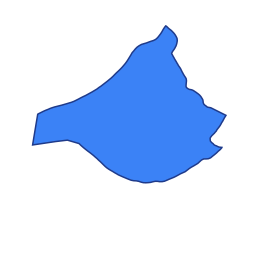 Nisab, Shabwah, Yemen (Natural Earth projection), rotated 239°
{"feature_id": "15242507B68873122709220", "entity_name": "Nisab", "entity_type": "district", "adm_level": 2, "iso_a3": "YEM", "parent_name": "Yemen", "parent_adm1": "Shabwah", "projection": "natural_earth1", "projection_center": [46.477, 14.534], "detail": "fine", "context": "isolated", "style": "filled", "palette": "blue", "viewbox_px": 256, "rotation_deg": 239, "n_neighbors": 0, "source": "geoboundaries", "source_scale": "gbopen_adm2", "svg_char_len": 3504}
<svg xmlns="http://www.w3.org/2000/svg" viewBox="0 0 256 256"><g transform="rotate(239 128 128)"><path d="M88.4,218.5L102.7,209.4L105.0,206.8L105.3,206.7L106.5,206.3L107.4,205.9L108.4,205.5L109.4,205.3L110.3,205.4L111.2,205.6L112.0,206.0L112.9,206.4L113.9,206.7L114.9,206.7L115.8,206.7L116.9,206.7L117.9,206.6L118.9,206.4L119.8,206.2L120.6,205.9L121.5,205.6L122.6,205.1L123.6,204.7L124.6,204.2L125.5,203.8L126.5,203.3L127.4,202.7L128.2,202.0L128.8,201.3L129.5,200.5L130.3,199.9L131.1,199.5L132.1,199.1L133.2,199.0L134.0,199.3L134.9,199.9L135.9,200.6L136.7,201.2L137.5,201.8L138.3,202.4L139.2,202.8L140.1,203.2L141.1,203.3L142.2,203.3L143.3,203.2L144.2,203.2L145.1,203.2L146.2,203.2L147.1,203.3L148.2,203.3L149.3,203.4L150.6,203.5L151.6,203.6L152.7,203.6L154.1,203.5L155.1,203.4L156.2,203.4L157.1,203.5L158.1,203.4L159.0,203.5L159.9,203.5L161.2,203.5L162.4,203.5L163.5,203.5L164.5,203.6L165.5,203.6L166.4,203.6L167.4,203.7L168.3,203.7L169.2,203.7L169.9,204.4L170.5,205.4L171.0,206.4L171.4,207.4L171.9,208.5L172.5,209.6L173.1,210.5L173.6,211.4L174.2,212.1L174.9,212.9L175.6,213.6L176.4,214.3L177.1,214.9L177.8,215.4L178.7,215.8L179.6,216.2L180.6,216.3L181.7,216.4L182.7,216.4L183.8,216.4L184.8,216.3L185.6,216.2L186.6,216.0L187.4,215.8L188.3,215.6L189.2,215.4L190.2,215.0L191.2,214.6L192.0,214.3L192.9,214.0L193.8,213.8L194.9,213.5L195.9,213.1L196.1,212.9L195.4,211.1L194.3,208.8L193.1,206.8L192.0,204.6L191.1,202.3L190.2,199.9L189.7,197.3L189.9,194.8L190.5,192.4L191.0,189.9L191.4,187.6L192.1,185.0L192.7,182.6L192.8,179.8L192.6,177.4L192.0,175.0L191.1,172.6L190.4,170.3L189.2,168.2L188.4,166.7L188.0,165.9L186.8,163.6L185.7,161.4L184.7,159.0L183.9,156.7L183.1,154.3L182.4,151.7L181.8,149.2L181.3,146.7L180.7,144.3L180.0,141.7L179.5,139.3L179.1,136.7L178.7,134.1L178.4,131.4L178.1,128.9L177.8,126.4L177.7,124.0L177.4,121.4L177.4,118.6L177.4,116.0L177.5,113.3L177.6,110.8L177.7,108.3L178.0,105.6L178.2,102.9L178.3,100.4L178.5,97.8L178.7,95.4L179.2,92.6L179.8,90.3L180.4,87.9L181.1,85.3L181.7,83.0L182.4,80.7L183.1,78.4L183.8,76.1L184.4,73.6L184.9,71.2L184.9,70.9L185.2,68.7L185.6,66.4L185.9,63.9L186.1,61.3L186.3,58.9L186.3,57.7L176.7,49.5L162.6,37.5L153.7,58.9L148.8,69.8L139.8,78.1L139.6,78.1L137.3,78.7L135.1,79.4L133.0,80.1L130.9,80.9L128.8,81.7L126.4,82.7L124.3,83.5L122.1,84.3L119.8,85.0L117.8,85.7L115.7,86.2L113.5,86.9L111.2,87.5L109.2,88.0L106.9,88.6L104.8,89.3L102.6,90.3L100.5,91.4L98.6,92.5L96.6,93.5L94.7,94.6L92.8,95.6L90.8,97.0L88.8,98.4L86.9,99.8L85.1,101.1L83.4,102.4L81.6,103.8L79.9,105.7L78.4,107.9L76.8,109.7L74.9,111.3L73.3,112.9L71.9,115.0L70.8,117.1L69.8,119.2L69.1,121.6L68.3,123.9L67.1,125.8L65.6,127.6L64.4,129.7L63.6,131.9L63.2,134.5L62.9,136.9L62.5,139.4L62.1,142.0L61.9,144.5L61.8,147.0L61.7,149.6L61.4,152.0L61.1,154.6L61.4,157.1L61.7,159.6L61.8,162.1L61.7,164.6L61.7,167.1L61.7,169.6L62.2,172.0L62.7,174.5L62.5,176.9L61.3,179.0L60.3,181.0L59.9,183.4L60.3,186.0L60.6,188.4L61.0,190.9L61.6,193.3L62.0,195.8L62.7,198.1L63.0,198.5L63.7,197.6L64.3,196.8L64.9,196.1L65.7,195.5L66.5,195.0L67.3,194.5L68.1,193.8L68.9,193.3L69.8,193.0L70.7,192.9L71.6,192.5L72.6,192.2L73.5,192.0L74.5,191.9L75.3,192.3L76.2,192.7L77.0,193.2L77.5,194.0L77.9,195.1L78.3,196.0L78.5,197.1L78.8,198.2L79.0,199.3L79.4,200.3L79.7,201.3L80.0,202.3L80.7,203.3L81.1,204.4L81.5,205.4L81.8,206.3L82.3,207.3L82.4,207.7L82.7,208.3L83.2,209.2L83.7,210.1L84.3,211.0L84.7,211.9L85.2,212.9L85.8,213.8L86.3,214.7L86.9,215.6L87.4,216.6L87.9,217.6L88.4,218.5Z" fill="#3b82f6" stroke="#1e3a8a" stroke-width="1.5"/></g></svg>